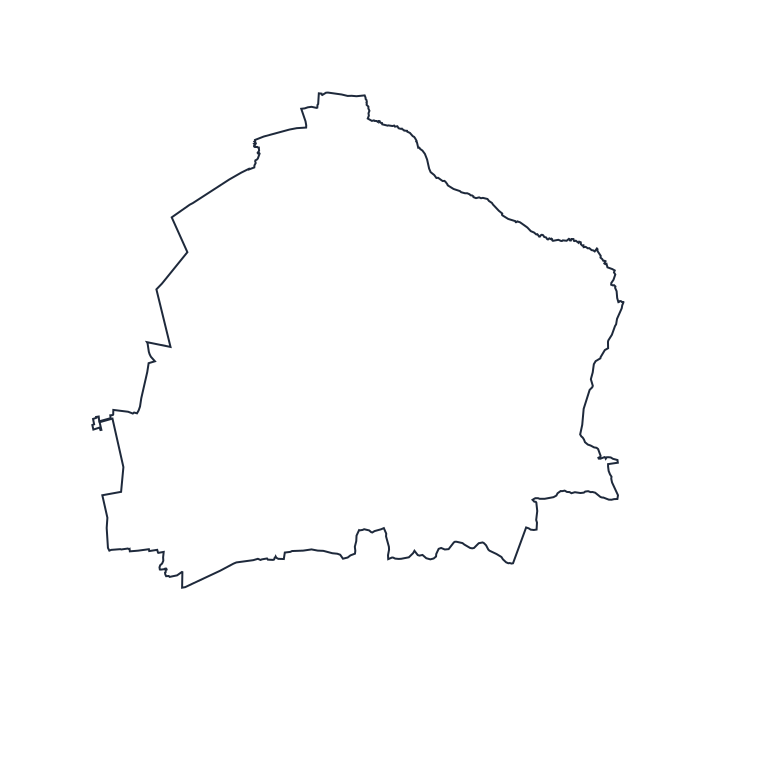 Danesti, Gorj, Romania, rotated 291°
{"feature_id": "2599482B18073944252707", "entity_name": "Danesti", "entity_type": "district", "adm_level": 2, "iso_a3": "ROU", "parent_name": "Romania", "parent_adm1": "Gorj", "projection": "natural_earth1", "projection_center": [23.35, 44.955], "detail": "fine", "context": "isolated", "style": "outline", "palette": "slate", "viewbox_px": 768, "rotation_deg": 291, "n_neighbors": 0, "source": "geoboundaries", "source_scale": "gbopen_adm2", "svg_char_len": 6166}
<svg xmlns="http://www.w3.org/2000/svg" viewBox="0 0 768 768"><g transform="rotate(291 384 384)"><path d="M583.4,529.8L584.4,527.0L583.7,525.7L584.3,523.1L583.3,521.4L584.9,520.5L584.2,519.7L585.0,517.8L586.8,516.9L586.8,515.2L585.5,515.1L586.5,511.7L585.7,510.6L585.7,510.0L587.2,508.9L586.6,507.2L584.9,507.0L584.7,506.0L585.7,505.4L585.8,504.6L583.2,503.2L582.2,499.5L581.3,498.9L581.0,498.0L581.1,495.1L578.2,490.4L578.4,489.6L579.5,489.0L579.7,488.1L579.0,487.6L579.2,486.1L577.7,485.3L577.7,484.5L578.9,482.8L578.7,480.9L579.9,479.3L579.9,477.9L579.1,477.1L577.6,476.8L577.2,476.1L578.8,473.5L578.2,472.6L579.2,469.7L579.3,466.3L581.5,461.7L583.7,453.1L583.6,450.2L582.6,449.7L582.3,449.0L583.1,448.2L582.6,440.8L583.9,434.0L584.3,433.5L585.5,433.3L586.9,429.1L590.6,421.4L591.7,419.9L592.5,416.4L593.8,414.3L593.2,409.6L592.2,408.0L592.3,405.9L590.5,403.3L590.5,400.6L591.2,400.2L591.6,398.6L591.2,397.2L591.8,395.9L591.9,393.4L591.1,391.3L590.7,387.3L591.3,385.7L591.0,379.0L592.3,372.3L592.9,371.9L594.5,369.5L595.3,367.7L594.5,366.0L595.9,360.6L595.1,359.1L597.1,356.0L598.5,351.6L601.3,348.9L609.0,343.8L613.5,339.7L615.7,336.2L616.4,333.5L617.3,332.3L616.8,331.3L621.5,328.1L621.9,327.2L622.6,327.3L624.5,325.1L625.5,323.6L625.7,322.0L627.7,318.2L627.9,315.3L628.6,314.8L627.8,312.0L628.3,311.1L628.3,309.9L628.8,309.2L628.2,308.1L628.0,306.0L629.4,304.1L628.2,302.0L628.9,300.9L627.9,299.5L627.0,295.4L626.5,294.8L625.8,289.3L626.9,288.6L626.6,287.8L627.2,286.4L626.7,285.8L627.8,285.5L627.6,284.7L626.5,284.0L626.9,282.9L626.2,280.8L626.5,280.1L625.3,278.4L626.0,273.7L629.1,273.7L631.2,272.5L633.8,272.5L635.6,270.7L637.4,270.0L638.4,267.7L640.0,267.3L640.4,266.8L641.2,266.9L642.9,265.8L643.5,264.7L644.8,264.1L646.5,262.5L642.8,255.2L641.5,250.6L639.9,246.8L639.1,240.7L636.0,227.3L635.2,225.5L631.7,222.8L631.9,222.1L632.7,221.6L632.0,219.0L621.8,222.2L620.7,221.9L618.1,222.7L617.6,222.1L616.8,217.0L615.0,213.7L612.9,211.2L611.3,208.1L601.1,216.6L597.6,218.7L595.5,219.4L591.6,210.9L587.7,204.6L571.9,183.0L565.6,176.1L564.6,176.7L563.9,176.1L562.8,178.1L562.2,178.0L561.7,176.9L561.1,177.9L560.2,177.3L559.2,177.6L559.1,178.0L559.6,178.2L559.1,178.9L559.9,180.8L559.6,181.4L559.9,182.4L557.0,183.8L554.5,183.2L554.1,183.8L554.8,184.9L554.5,185.3L549.3,185.4L548.1,185.0L546.7,183.8L545.8,183.9L544.3,185.0L541.7,184.7L539.7,185.3L535.9,181.0L536.4,180.7L530.2,175.0L519.4,166.2L484.4,140.7L481.8,138.4L463.5,126.1L436.6,153.2L398.1,140.7L390.8,137.6L342.1,171.4L338.1,147.7L337.4,148.6L329.8,152.9L327.7,154.6L325.9,156.6L323.1,162.0L319.1,156.8L310.3,158.7L283.7,162.5L275.5,164.3L271.3,164.4L268.1,163.9L267.8,160.9L266.4,160.1L266.4,155.1L262.8,140.6L258.5,142.1L257.8,141.9L256.7,139.7L254.1,141.0L247.1,131.5L251.4,129.3L250.1,127.1L249.4,127.6L247.1,124.9L242.5,127.8L241.2,126.4L237.3,129.0L241.4,134.1L239.4,135.8L239.9,136.6L246.4,132.2L254.4,142.9L213.0,170.5L189.1,177.2L179.2,160.9L160.0,173.7L150.2,176.7L132.1,185.0L130.0,187.3L131.4,188.8L135.3,197.0L135.4,198.1L138.6,203.8L138.4,205.3L138.8,205.6L136.7,206.7L140.3,214.2L145.5,223.7L143.9,224.7L147.9,231.7L145.5,233.5L145.5,233.9L148.3,238.5L143.0,239.9L139.9,241.3L136.9,241.2L134.6,240.0L132.4,240.1L130.5,241.2L130.7,242.1L132.2,244.9L133.3,245.9L133.6,246.9L132.8,247.6L131.8,246.9L130.2,247.6L129.3,247.2L127.8,248.1L126.5,249.5L127.6,251.8L127.1,253.0L131.2,259.4L136.1,262.7L136.1,263.2L121.5,268.5L123.1,271.2L129.5,277.3L151.0,298.0L162.3,307.8L164.5,310.1L172.7,325.1L175.6,328.9L175.5,331.8L176.5,332.8L179.2,337.3L178.4,338.5L180.0,343.4L180.8,344.3L182.8,344.2L183.2,344.7L184.1,344.7L183.2,345.7L182.9,348.0L184.7,353.2L191.1,351.8L193.7,356.7L195.1,358.0L199.5,368.3L203.6,375.6L204.7,381.8L206.5,387.2L207.5,396.4L208.8,401.2L208.9,404.3L206.2,408.3L209.0,412.3L212.0,414.1L215.2,417.7L218.0,417.0L221.6,415.1L227.4,414.4L232.6,412.7L238.7,413.1L238.7,413.9L240.1,416.3L241.3,417.5L242.0,422.6L241.1,425.1L241.2,426.3L243.3,427.9L247.3,433.3L249.4,435.5L245.1,439.7L242.5,440.5L233.8,446.9L231.1,448.1L225.6,449.1L222.0,450.7L224.9,453.7L225.2,454.8L225.0,457.0L226.0,460.5L227.0,462.7L231.1,469.3L236.5,471.8L239.2,472.2L236.4,476.8L236.5,478.6L238.2,481.2L236.5,485.9L236.9,490.1L238.9,492.9L241.6,494.4L244.0,493.7L249.7,494.1L251.4,496.1L251.3,500.1L253.0,503.5L261.2,506.0L262.2,506.8L262.7,508.1L263.6,514.3L262.9,516.5L261.8,523.2L262.2,525.3L263.2,526.8L269.3,529.5L271.4,532.8L271.3,534.2L270.0,537.1L266.8,540.7L266.2,542.2L265.6,550.0L264.6,555.6L262.9,557.9L261.3,561.9L261.2,564.3L261.9,565.5L262.1,567.5L262.9,568.7L301.0,568.1L301.1,570.9L300.6,573.1L301.4,576.2L302.8,578.6L309.4,576.5L311.6,574.8L320.3,572.6L327.9,568.7L328.4,567.9L328.0,566.5L329.1,564.2L330.6,565.3L331.6,566.2L332.6,568.8L332.6,570.5L334.5,575.3L339.1,582.8L341.6,584.9L344.2,585.2L347.4,587.3L347.8,588.7L349.2,590.9L348.8,593.5L349.6,596.0L349.2,598.1L351.4,601.0L352.6,606.4L354.2,609.5L355.7,610.4L357.1,613.0L357.1,615.7L357.9,617.3L358.2,620.1L356.1,626.6L356.2,628.4L356.6,629.5L356.6,635.3L357.5,637.9L359.0,640.1L360.3,643.1L364.0,642.3L373.8,632.2L377.0,630.1L379.0,629.6L380.6,627.4L383.3,624.9L387.2,622.8L389.5,621.9L394.3,630.5L396.7,629.2L396.2,624.5L396.7,622.0L396.0,619.5L395.4,618.2L393.7,617.8L394.8,616.7L394.8,616.1L391.8,612.8L391.3,611.2L392.0,610.6L393.5,612.1L394.5,612.0L400.0,607.2L400.6,605.3L400.1,602.8L400.6,598.9L400.5,596.0L401.7,592.5L403.8,590.6L405.2,588.7L405.8,587.0L407.2,585.2L416.9,583.7L432.4,579.3L452.2,578.1L455.6,579.6L457.1,579.6L462.6,575.4L469.6,574.7L477.7,572.8L481.2,573.4L485.5,576.8L486.7,576.6L494.8,578.0L497.7,580.4L503.6,578.0L505.1,577.8L511.6,579.1L520.9,578.9L522.9,579.3L528.3,578.2L539.9,578.8L542.9,578.2L545.9,578.3L546.3,578.1L545.8,576.4L546.2,575.9L546.2,575.1L545.5,573.8L544.7,573.9L544.4,573.5L547.8,570.9L554.0,567.9L556.6,565.3L558.0,565.1L558.7,563.3L558.1,562.5L558.1,560.5L559.8,560.0L563.5,560.9L569.1,560.7L570.6,558.7L572.7,558.7L573.1,555.9L573.0,550.8L576.0,548.6L575.2,547.7L575.5,546.5L578.0,546.8L578.1,545.9L577.6,544.6L578.8,543.0L579.6,540.8L581.3,540.4L584.7,535.6L586.4,535.0L586.8,534.2L583.3,533.2L583.7,531.5L583.4,529.8Z" fill="none" stroke="#1e293b" stroke-width="2"/></g></svg>